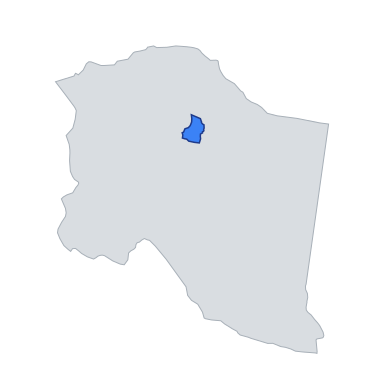 Serere highlighted on a map of Uganda, rotated 278°
{"feature_id": "UGA-5596", "entity_name": "Serere", "entity_type": "District", "adm_level": 1, "iso_a3": "UGA", "parent_name": "Uganda", "parent_adm1": "", "projection": "mercator", "projection_center": [33.439, 1.516], "detail": "fine", "context": "in_parent", "style": "filled", "palette": "blue", "viewbox_px": 384, "rotation_deg": 278, "n_neighbors": 0, "source": "natural_earth", "source_scale": "10m", "svg_char_len": 2685}
<svg xmlns="http://www.w3.org/2000/svg" viewBox="0 0 384 384"><g transform="rotate(278 192 192)"><path d="M278.3,317.8L272.6,317.8L263.2,317.8L253.8,317.8L244.4,317.8L235.0,317.8L225.6,317.8L216.2,317.8L206.8,317.8L197.4,317.8L188.0,317.8L178.6,317.8L169.2,317.8L159.8,317.8L150.4,317.8L141.0,317.8L131.6,317.8L122.2,317.8L116.7,317.8L115.5,317.6L114.8,317.4L111.2,318.1L107.6,320.4L103.6,321.3L99.5,321.0L99.0,321.2L96.8,321.1L93.8,321.0L91.0,321.6L88.9,323.6L86.8,327.1L82.9,331.1L79.9,334.6L77.4,337.1L71.5,341.3L68.3,342.5L66.7,342.3L65.7,341.5L63.9,336.2L62.8,335.4L51.4,338.1L49.6,338.2L49.8,336.5L49.0,324.1L48.8,316.5L50.3,311.7L51.2,306.2L51.3,301.3L53.4,293.1L52.6,288.1L55.3,270.8L56.0,268.0L57.1,259.6L58.8,257.0L60.3,256.0L62.2,250.9L65.9,242.6L68.5,238.4L68.0,229.2L68.4,222.9L69.0,221.5L74.5,219.1L81.7,213.3L84.7,206.5L89.0,202.1L97.3,199.3L121.8,175.8L133.3,163.2L138.2,156.7L138.4,154.4L139.3,151.3L137.4,148.9L135.0,146.8L134.2,144.8L132.1,143.8L129.2,143.8L127.3,142.4L125.1,139.5L122.8,137.7L115.9,137.9L110.5,135.0L110.6,131.0L112.7,123.2L116.8,114.2L117.0,111.8L116.4,109.7L115.4,107.8L113.6,106.1L111.9,103.9L113.2,97.5L115.8,91.2L117.9,88.0L119.9,84.5L119.3,81.6L116.3,80.1L117.9,77.3L121.1,72.6L127.4,67.7L132.9,64.5L136.6,64.5L143.8,67.1L150.2,70.1L153.8,70.3L158.1,69.0L167.0,63.6L169.2,65.3L171.8,68.6L174.6,74.0L180.3,76.4L183.0,78.1L184.9,78.6L186.0,78.2L188.1,73.9L190.7,71.6L195.5,68.7L206.0,66.4L213.5,65.7L216.7,65.2L222.0,63.8L230.4,59.5L238.7,65.1L247.7,66.2L256.5,66.1L259.1,64.4L260.6,63.1L269.8,54.0L282.2,41.5L290.4,59.0L293.3,60.1L292.9,61.6L292.2,63.1L297.6,67.3L304.2,69.5L306.6,71.7L306.8,74.0L304.6,84.3L305.0,87.2L307.1,97.5L311.1,99.8L314.6,110.1L321.7,114.5L322.7,115.8L324.3,120.8L326.5,126.3L328.2,127.5L329.2,127.8L331.3,133.7L330.1,136.9L331.8,146.9L334.4,155.7L335.1,166.3L335.2,171.0L335.1,173.9L334.5,177.9L333.2,180.2L330.9,182.5L328.4,186.1L326.2,189.9L324.9,191.8L325.9,197.5L325.7,199.0L325.1,199.7L321.9,200.6L317.8,202.1L315.3,203.7L311.7,206.6L308.9,209.7L305.2,218.9L298.9,226.1L297.9,228.5L292.0,232.8L289.4,238.1L287.7,244.6L285.4,249.2L280.4,255.6L279.3,265.7L279.5,285.8L278.2,308.8L278.3,317.8Z" fill="#d9dde1" stroke="#a8b0b8" stroke-width="1"/><path d="M252.0,194.2L251.3,193.2L250.6,192.3L248.2,192.5L245.8,193.1L241.6,192.4L241.5,187.5L241.9,181.7L243.6,179.4L243.7,177.3L244.1,175.0L247.1,175.0L249.3,174.0L250.1,175.3L253.6,176.2L255.2,179.4L257.5,181.0L261.2,181.9L264.6,181.6L268.4,180.6L265.8,190.1L263.6,191.2L263.0,191.6L262.4,191.6L261.7,192.0L260.7,193.2L260.2,194.5L256.9,195.1L255.7,194.8L254.6,195.2L253.8,195.0L253.2,194.0L252.0,194.2Z" fill="#3b82f6" stroke="#1e3a8a" stroke-width="1.5"/></g></svg>